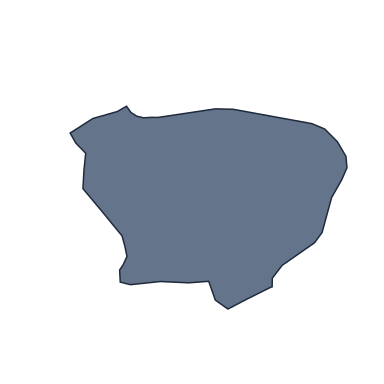 the border of Şahbuz, rotated 24°
{"feature_id": "AZE-2423", "entity_name": "Şahbuz", "entity_type": "District", "adm_level": 1, "iso_a3": "AZE", "parent_name": "Azerbaijan", "parent_adm1": "", "projection": "mercator", "projection_center": [45.594, 39.428], "detail": "fine", "context": "isolated", "style": "filled", "palette": "slate", "viewbox_px": 384, "rotation_deg": 24, "n_neighbors": 0, "source": "natural_earth", "source_scale": "10m", "svg_char_len": 695}
<svg xmlns="http://www.w3.org/2000/svg" viewBox="0 0 384 384"><g transform="rotate(24 192 192)"><path d="M97.3,140.3L103.9,144.2L110.7,145.2L117.6,143.9L124.4,140.4L130.8,137.6L179.6,106.5L195.9,99.7L270.3,81.6L273.7,80.8L287.7,80.5L304.5,87.0L318.2,96.9L323.7,106.8L323.8,120.2L321.8,140.2L327.3,176.2L324.6,188.5L304.2,222.3L300.4,238.0L303.8,246.1L303.7,246.2L302.8,246.8L285.1,268.3L272.4,284.3L257.3,281.3L243.6,266.8L226.0,276.3L199.4,286.7L173.5,301.7L163.1,303.5L157.6,292.7L158.7,286.4L158.8,277.3L152.9,269.1L146.0,260.6L118.2,246.6L91.0,233.3L84.5,216.2L79.1,199.8L66.0,194.6L56.7,187.7L71.5,165.2L91.0,148.9L97.3,140.3Z" fill="#64748b" stroke="#1e293b" stroke-width="1.5"/></g></svg>